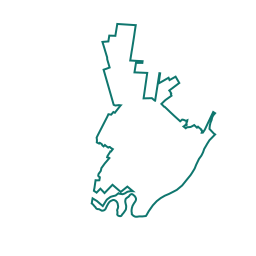 Turnu Magurele, Teleorman, Romania (Robinson projection), rotated 313°
{"feature_id": "2599482B11362496052872", "entity_name": "Turnu Magurele", "entity_type": "district", "adm_level": 2, "iso_a3": "ROU", "parent_name": "Romania", "parent_adm1": "Teleorman", "projection": "robinson", "projection_center": [24.842, 43.779], "detail": "fine", "context": "isolated", "style": "outline", "palette": "teal", "viewbox_px": 256, "rotation_deg": 313, "n_neighbors": 0, "source": "geoboundaries", "source_scale": "gbopen_adm2", "svg_char_len": 4283}
<svg xmlns="http://www.w3.org/2000/svg" viewBox="0 0 256 256"><g transform="rotate(313 128 128)"><path d="M195.9,134.8L198.0,127.8L191.4,125.7L192.4,123.4L186.2,121.5L181.5,120.0L189.9,114.2L189.5,113.6L166.5,129.2L166.3,128.9L166.1,125.1L160.3,119.2L181.4,104.5L173.1,94.8L181.1,89.4L185.4,94.1L186.8,93.1L182.2,87.6L178.9,83.6L186.6,78.4L188.9,76.9L198.8,70.2L203.1,67.2L208.5,63.5L207.9,62.8L197.1,49.6L196.8,49.2L195.0,50.4L189.3,54.2L186.8,55.9L182.8,51.3L177.9,54.6L174.0,51.0L173.5,50.6L170.6,55.7L169.0,58.4L165.4,64.6L164.1,65.9L159.7,73.3L156.8,71.9L154.0,70.4L148.6,79.4L135.2,101.7L135.8,103.4L138.5,105.7L139.6,107.2L139.4,107.2L131.0,107.9L130.2,108.0L129.7,106.4L126.3,106.6L124.7,104.3L122.3,105.1L102.2,110.8L99.6,111.6L98.2,113.3L97.1,114.3L96.2,115.0L96.9,117.5L97.9,117.5L98.1,118.5L98.3,119.8L97.8,121.1L97.9,122.7L99.8,122.7L99.9,124.6L100.2,126.9L101.1,127.1L101.7,127.6L101.7,128.9L102.2,131.3L99.2,131.6L98.8,131.1L98.6,131.2L93.6,132.1L92.4,132.7L93.2,134.2L93.3,134.9L86.2,135.2L80.5,135.9L79.2,136.7L77.9,137.4L77.2,137.5L76.0,137.6L75.4,137.7L74.9,137.7L74.4,137.8L73.7,138.2L73.3,138.4L73.0,138.6L72.8,138.8L72.7,139.0L72.6,139.3L72.6,139.8L72.6,140.2L72.8,140.9L72.5,141.2L72.1,141.5L70.2,142.7L68.5,140.9L67.7,139.9L66.7,140.6L62.8,143.3L60.9,144.6L59.8,145.2L58.8,145.9L59.2,148.2L59.3,149.1L64.8,149.2L64.5,153.8L64.4,155.2L75.9,155.4L76.3,166.3L84.7,167.5L85.1,174.7L83.4,172.8L81.0,171.1L77.7,170.2L75.9,169.2L73.7,166.0L73.7,165.5L70.2,165.0L67.3,163.1L65.7,162.2L61.5,161.4L60.2,161.5L53.7,162.8L53.4,155.0L52.8,152.2L52.6,151.2L52.4,150.1L50.5,151.3L49.5,152.0L48.8,152.5L48.1,152.9L48.2,153.3L48.2,153.8L48.2,154.5L48.1,155.6L48.0,156.1L48.0,156.5L47.9,157.0L47.9,157.5L47.9,158.1L47.7,158.7L47.5,159.8L47.6,160.2L47.9,161.0L48.0,161.1L48.2,161.4L48.5,161.7L48.9,162.3L49.0,162.6L49.1,163.0L49.3,163.8L49.5,164.7L49.6,165.1L49.8,165.3L49.9,165.5L50.1,165.7L50.6,166.1L51.0,166.3L51.3,166.5L51.8,166.7L52.1,166.7L52.4,166.8L52.8,166.8L53.3,166.8L54.0,166.6L56.5,165.8L58.4,165.3L59.9,165.0L60.9,164.9L61.7,164.9L62.2,165.0L62.7,165.1L63.9,165.6L64.7,165.9L65.4,166.4L65.8,166.9L66.1,167.7L66.4,168.7L66.4,169.1L66.3,169.9L66.3,170.5L66.1,171.0L65.7,171.9L64.2,173.9L63.8,174.4L63.4,174.7L62.4,175.3L61.8,175.5L61.1,175.8L60.5,176.1L60.2,176.4L59.7,177.2L59.3,177.6L58.6,178.3L58.2,178.6L57.8,178.8L57.5,179.0L57.3,179.4L57.2,179.7L57.2,180.1L57.2,180.4L57.3,180.9L57.7,181.7L58.1,182.3L58.4,182.6L58.7,182.8L59.0,182.9L59.4,183.0L59.9,182.9L60.9,182.7L62.1,182.7L63.3,182.6L64.7,182.4L66.5,182.1L67.1,181.9L67.7,181.5L68.8,180.7L69.7,179.9L70.2,179.2L71.1,177.8L71.6,177.1L72.1,176.4L72.7,175.8L73.3,175.4L73.9,175.0L74.3,174.8L74.9,174.7L75.4,174.7L77.2,175.0L77.4,175.1L77.6,175.2L77.9,175.2L78.4,175.3L78.8,175.3L79.4,175.2L80.2,175.1L80.7,175.1L81.0,175.2L81.6,175.4L82.0,175.6L82.2,175.8L82.4,176.1L82.5,176.3L82.6,176.7L82.7,177.4L82.7,178.4L82.8,178.9L82.7,179.6L82.5,180.5L82.3,181.0L82.0,181.7L81.8,182.0L81.4,182.4L80.9,182.8L80.5,183.0L79.7,183.3L78.7,183.5L78.2,183.6L77.2,183.7L75.0,184.2L73.9,184.5L73.2,184.9L72.3,185.3L71.4,185.9L70.5,186.5L69.5,187.4L69.2,187.7L68.7,188.4L68.3,188.9L68.0,189.1L67.8,189.4L67.6,189.5L67.5,189.8L67.5,190.1L67.5,190.6L67.5,191.8L67.7,192.7L68.1,193.8L68.7,194.5L69.2,195.1L70.0,195.7L71.1,196.6L73.0,198.7L75.8,201.1L77.2,200.9L81.3,199.9L88.4,198.9L94.1,198.9L99.0,199.7L103.6,201.1L107.9,203.0L112.3,204.6L116.0,205.9L122.9,206.8L131.3,206.2L136.1,205.9L139.1,205.4L143.0,204.6L144.1,204.3L147.7,202.9L153.8,201.0L157.9,200.5L161.3,199.5L164.7,198.0L168.8,197.1L169.9,196.8L174.6,195.9L182.7,196.1L182.5,194.4L182.9,188.2L185.4,186.3L188.1,184.7L190.8,183.7L193.0,182.4L195.3,181.7L198.2,181.6L197.8,179.4L179.2,185.3L175.7,185.9L175.2,185.5L174.8,185.1L176.5,184.2L176.5,182.8L176.9,182.6L176.7,179.5L176.7,178.3L175.3,178.2L175.3,176.3L175.3,174.4L173.6,173.9L171.5,173.1L168.6,170.6L167.2,170.4L167.0,167.6L168.6,168.0L169.6,167.9L170.1,168.8L170.6,168.5L171.1,167.8L171.6,167.2L172.9,166.9L174.1,166.1L172.7,165.5L172.5,164.8L171.9,163.1L171.1,161.9L168.5,161.6L168.5,159.8L168.4,153.9L168.4,148.8L168.5,143.4L168.5,140.4L168.2,140.0L168.4,136.0L173.9,136.3L181.3,137.8L182.1,136.1L182.8,136.0L183.3,134.3L183.6,132.6L195.9,134.8Z" fill="none" stroke="#0f766e" stroke-width="2"/></g></svg>